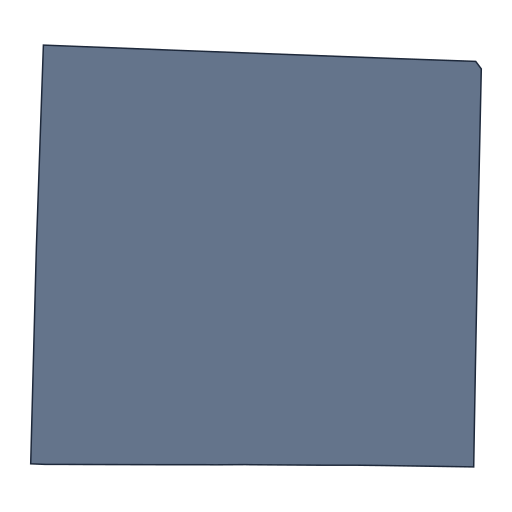 Denton, Texas, United States of America (Robinson projection)
{"feature_id": "52423323B29429067330401", "entity_name": "Denton", "entity_type": "district", "adm_level": 2, "iso_a3": "USA", "parent_name": "United States of America", "parent_adm1": "Texas", "projection": "robinson", "projection_center": [-97.097, 33.209], "detail": "fine", "context": "isolated", "style": "filled", "palette": "slate", "viewbox_px": 512, "rotation_deg": 0, "n_neighbors": 0, "source": "geoboundaries", "source_scale": "gbopen_adm2", "svg_char_len": 455}
<svg xmlns="http://www.w3.org/2000/svg" viewBox="0 0 512 512"><path d="M30.7,463.8L45.5,464.4L64.6,464.4L86.4,464.5L161.5,464.7L204.5,464.7L215.4,464.8L245.5,464.6L249.9,464.7L323.3,465.2L340.5,465.2L356.9,465.2L365.0,465.3L382.1,465.5L473.7,466.9L474.3,430.4L475.3,373.5L475.3,372.7L477.7,246.1L478.4,204.7L481.3,68.9L475.7,61.4L393.7,58.5L173.4,50.2L43.4,45.1L36.4,246.5L35.5,280.3L30.7,463.8Z" fill="#64748b" stroke="#1e293b" stroke-width="1.5"/></svg>